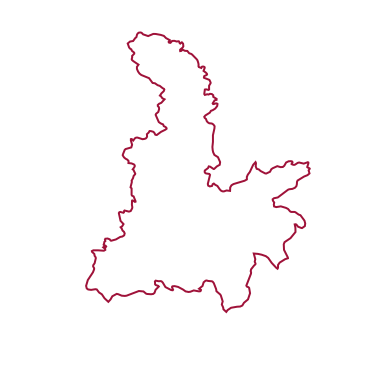 outline of Jharkhand, rotated 293°
{"feature_id": "IND-3256", "entity_name": "Jharkhand", "entity_type": "State", "adm_level": 1, "iso_a3": "IND", "parent_name": "India", "parent_adm1": "", "projection": "natural_earth1", "projection_center": [85.779, 23.655], "detail": "fine", "context": "isolated", "style": "outline", "palette": "rose", "viewbox_px": 384, "rotation_deg": 293, "n_neighbors": 0, "source": "natural_earth", "source_scale": "10m", "svg_char_len": 6068}
<svg xmlns="http://www.w3.org/2000/svg" viewBox="0 0 384 384"><g transform="rotate(293 192 192)"><path d="M58.2,157.9L60.0,153.0L62.6,149.0L63.2,145.7L65.1,142.4L64.8,141.1L62.5,137.4L61.7,134.5L62.1,132.8L64.2,131.2L70.2,130.5L79.4,132.2L82.5,132.1L83.6,131.7L84.8,130.1L86.0,129.7L88.4,130.2L93.6,129.3L94.5,128.5L95.2,127.3L96.8,126.3L97.9,123.3L98.5,122.9L99.8,124.0L101.6,128.3L103.5,133.8L104.8,134.8L105.7,134.3L106.4,131.9L107.1,132.3L107.4,134.1L108.3,134.3L108.8,133.4L108.8,131.4L109.1,131.2L110.4,131.2L111.7,130.8L113.0,131.4L114.0,130.5L115.1,130.5L116.2,132.5L116.3,134.7L115.5,136.1L115.6,136.7L118.6,140.5L122.6,143.5L123.8,145.3L125.6,146.5L127.6,146.2L128.8,144.9L129.4,143.1L130.8,141.7L131.7,140.1L133.1,141.1L135.7,141.5L137.5,137.5L144.0,132.9L144.9,133.0L145.6,133.7L146.1,137.0L146.7,137.3L148.1,136.9L148.6,137.1L149.3,141.6L150.5,143.0L153.5,143.3L154.7,143.0L156.7,141.7L160.5,140.2L160.9,140.3L161.0,140.9L160.6,143.3L161.0,143.8L161.5,143.6L165.1,140.0L165.2,138.2L165.8,137.5L171.7,135.0L172.3,133.6L177.8,132.7L178.8,132.0L181.6,132.3L184.1,132.0L186.1,132.7L186.7,132.6L188.4,130.7L189.5,129.5L189.7,128.6L192.2,129.2L193.6,129.2L194.3,128.6L194.7,127.8L194.7,125.2L193.8,122.2L195.7,121.5L196.5,119.9L196.7,117.8L197.3,115.9L198.7,113.9L199.6,113.7L204.5,113.6L205.6,114.1L209.3,118.7L212.1,118.4L215.5,115.6L216.8,115.1L217.2,115.8L216.4,117.8L219.2,118.5L220.2,119.3L220.8,120.6L221.3,125.9L222.5,127.8L223.5,128.7L224.7,129.0L225.7,128.9L227.6,127.9L229.8,128.9L231.5,129.1L232.0,130.4L232.3,132.7L231.9,134.0L230.4,135.9L230.7,137.3L235.3,140.0L238.9,143.1L240.2,143.9L240.8,143.7L241.5,142.3L241.6,140.3L242.9,139.0L242.9,136.5L243.4,134.1L248.8,128.4L250.0,128.4L252.5,129.7L255.6,129.3L257.1,128.4L257.7,127.0L258.7,126.5L260.3,127.2L262.1,128.9L266.6,130.5L266.7,128.1L268.1,125.8L268.2,124.8L270.8,125.3L273.8,126.6L275.5,126.5L276.0,125.9L276.1,124.4L277.1,120.9L276.9,118.7L277.6,115.4L277.0,113.1L280.0,108.0L279.9,99.6L280.5,97.4L281.8,95.3L283.8,93.2L285.7,92.4L288.3,93.0L289.5,87.0L290.0,85.3L290.7,84.6L292.7,84.3L293.8,83.7L296.8,84.8L297.7,84.3L298.5,81.5L299.6,80.4L299.8,78.9L300.5,77.6L303.6,74.8L306.3,76.2L308.0,78.8L311.5,79.6L312.8,80.3L315.4,79.9L316.8,80.1L318.0,80.9L318.8,82.5L318.8,83.5L318.0,85.4L318.4,90.7L322.4,94.6L323.3,96.9L324.4,101.8L324.7,105.1L323.5,108.0L323.1,112.3L322.3,112.4L321.3,111.8L320.8,112.0L320.5,112.6L320.9,113.9L323.3,114.7L324.3,116.8L324.5,119.0L325.5,120.7L325.5,121.3L324.2,122.5L324.0,123.2L325.8,124.2L325.1,125.8L322.8,127.1L321.3,127.0L318.9,125.7L318.1,125.5L317.1,126.1L317.6,126.9L319.3,127.8L319.2,130.3L320.0,132.6L318.6,135.2L318.8,137.2L318.6,138.3L316.1,144.3L315.4,145.5L313.7,147.0L312.2,148.1L310.2,148.9L309.7,149.5L309.8,152.1L311.0,152.1L311.4,152.4L312.0,153.7L311.9,154.7L311.3,155.2L308.0,155.3L307.3,158.2L306.7,159.5L306.2,159.9L305.5,159.8L303.5,158.0L302.3,158.1L301.8,158.5L302.0,163.9L301.8,164.5L300.0,166.4L299.4,166.6L296.5,166.2L293.0,167.7L292.4,167.3L292.0,164.8L291.3,163.8L287.0,165.0L286.4,165.9L287.9,167.8L288.2,169.2L289.4,170.2L289.9,172.0L289.4,173.7L287.9,174.4L287.3,178.3L286.4,178.6L285.2,177.0L281.7,176.4L281.2,177.1L281.4,177.6L282.8,179.2L283.2,180.2L283.0,181.1L280.9,181.6L277.9,180.8L275.4,179.1L274.1,177.7L272.0,177.4L267.7,174.4L266.0,173.9L265.2,174.7L264.7,176.3L263.0,177.9L262.3,179.3L262.0,181.0L262.8,183.5L262.5,185.3L261.4,187.1L259.3,187.8L252.4,189.1L246.3,191.7L241.4,193.2L238.6,194.7L236.8,196.0L234.9,198.1L234.2,202.3L230.5,206.2L227.9,206.9L225.3,204.9L221.9,203.4L221.6,202.9L222.4,198.8L222.1,197.4L220.3,197.4L216.8,195.4L215.4,195.8L214.6,196.9L214.6,197.8L215.4,200.9L214.8,201.9L205.6,203.4L204.2,204.4L204.1,206.2L205.2,207.8L205.5,208.1L207.3,208.0L208.3,208.8L207.7,210.6L207.5,213.0L205.3,216.5L204.6,218.1L204.5,219.7L205.0,221.1L206.9,223.2L207.9,226.6L211.1,225.4L213.5,225.7L214.6,226.4L215.7,227.3L222.9,236.0L225.0,237.6L227.3,236.6L229.8,236.6L233.0,237.4L241.0,237.7L244.3,238.8L243.6,239.6L240.5,240.6L238.6,242.5L238.9,244.6L238.1,247.0L237.7,252.1L238.0,253.1L241.1,255.9L243.9,256.1L245.4,257.0L249.1,260.4L249.5,263.8L250.5,265.8L252.2,266.7L255.9,267.1L258.1,269.0L259.1,271.3L259.2,272.3L258.7,272.9L256.7,272.7L256.5,273.6L256.8,275.3L257.5,276.2L260.1,277.9L261.0,279.1L261.8,283.8L264.7,287.0L264.6,287.6L263.6,288.0L260.0,288.3L259.8,288.8L259.7,290.9L259.4,291.3L257.5,290.9L255.0,292.9L252.6,291.7L250.0,289.1L243.8,284.7L242.3,284.7L240.1,285.5L238.2,285.8L236.1,285.1L234.1,283.2L232.5,280.4L231.6,279.5L220.5,273.1L218.3,269.9L216.8,269.1L215.7,269.8L214.4,271.8L212.5,272.2L210.8,273.2L211.0,275.4L213.5,279.4L214.1,284.7L213.9,287.1L212.5,289.8L212.4,291.0L213.7,294.1L213.8,295.1L212.9,298.9L213.0,300.9L209.6,306.7L207.3,308.5L204.7,309.2L201.8,307.4L201.6,306.7L201.5,303.2L202.8,300.8L202.8,300.0L202.3,299.2L199.6,301.1L195.6,302.9L188.0,300.7L182.0,296.8L179.7,296.9L174.7,299.3L169.2,305.8L168.5,306.2L166.6,304.0L161.3,300.3L158.5,299.7L155.8,300.8L154.8,300.7L155.1,299.3L157.9,293.0L161.1,287.9L161.8,285.0L161.5,280.6L160.8,276.9L159.5,272.9L154.9,276.5L152.3,277.0L151.0,278.4L150.2,278.6L148.4,277.8L143.9,276.6L142.0,277.0L141.3,277.7L139.9,278.2L127.1,278.6L126.4,279.4L126.4,281.2L126.0,282.1L121.5,285.0L115.0,285.5L110.3,283.1L107.2,282.7L105.4,281.1L104.0,278.3L100.7,273.2L97.2,270.9L95.0,270.4L96.3,266.8L97.9,265.8L100.1,263.4L103.3,263.0L108.0,259.0L108.7,258.0L110.2,253.3L112.1,252.1L116.6,247.7L117.5,246.1L117.6,245.3L116.4,241.5L116.3,240.1L115.6,239.1L113.4,238.0L109.6,238.4L105.7,236.3L105.4,238.5L104.6,238.7L103.8,238.3L103.2,237.1L102.1,232.1L99.5,229.4L98.6,227.8L98.0,224.9L98.7,221.9L99.2,216.3L98.6,212.9L97.8,211.2L97.2,210.7L96.4,210.9L94.6,212.8L94.0,212.6L93.6,211.1L94.1,204.7L97.2,200.5L97.8,199.1L97.8,198.2L96.8,196.0L96.2,193.2L95.2,192.8L92.5,194.2L92.2,195.2L92.4,197.6L92.0,198.4L87.8,196.7L84.5,196.9L83.0,196.1L81.9,194.3L80.6,190.5L80.5,189.4L81.5,186.2L80.1,181.8L71.0,172.3L70.1,170.8L69.1,167.8L69.1,164.1L68.8,162.5L64.9,159.4L61.3,159.0L58.2,157.9Z" fill="none" stroke="#9f1239" stroke-width="2"/></g></svg>